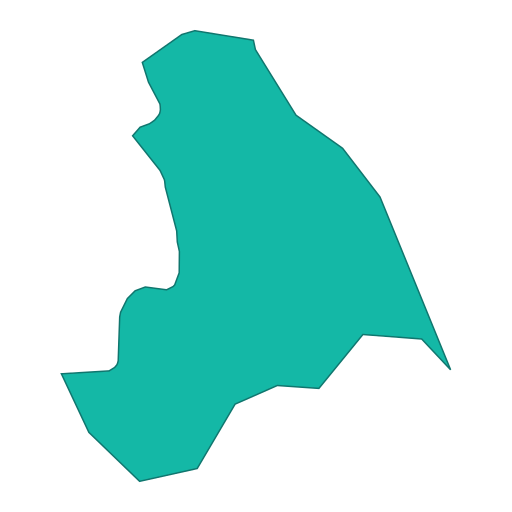 Croydon, orthographic projection
{"feature_id": "GBR-2065", "entity_name": "Croydon", "entity_type": "London Borough", "adm_level": 1, "iso_a3": "GBR", "parent_name": "United Kingdom", "parent_adm1": "", "projection": "orthographic", "projection_center": [-0.107, 51.353], "detail": "fine", "context": "isolated", "style": "filled", "palette": "teal", "viewbox_px": 512, "rotation_deg": 0, "n_neighbors": 0, "source": "natural_earth", "source_scale": "10m", "svg_char_len": 736}
<svg xmlns="http://www.w3.org/2000/svg" viewBox="0 0 512 512"><path d="M132.6,135.8L140.1,127.2L149.6,123.7L154.6,120.2L158.4,115.6L159.6,113.6L160.1,111.7L160.4,109.7L160.2,105.9L159.9,103.9L148.5,82.2L142.3,62.4L181.8,34.5L194.8,30.7L253.4,40.2L255.4,49.6L296.0,115.2L342.6,148.3L380.0,197.0L450.6,369.8L421.7,339.0L362.9,334.5L318.9,388.4L277.3,385.5L235.1,404.1L197.2,468.5L139.6,481.3L88.9,432.4L61.4,373.8L109.1,370.9L114.6,367.5L116.9,364.8L117.6,363.1L118.2,360.8L119.7,316.9L120.6,312.2L127.4,298.5L135.1,290.8L145.3,287.0L166.6,289.8L173.2,286.5L174.7,284.9L179.2,272.8L179.4,251.5L177.3,242.0L176.7,231.0L165.3,187.1L164.7,181.3L164.3,179.5L160.1,170.5L132.6,135.8Z" fill="#14b8a6" stroke="#0f766e" stroke-width="1.5"/></svg>